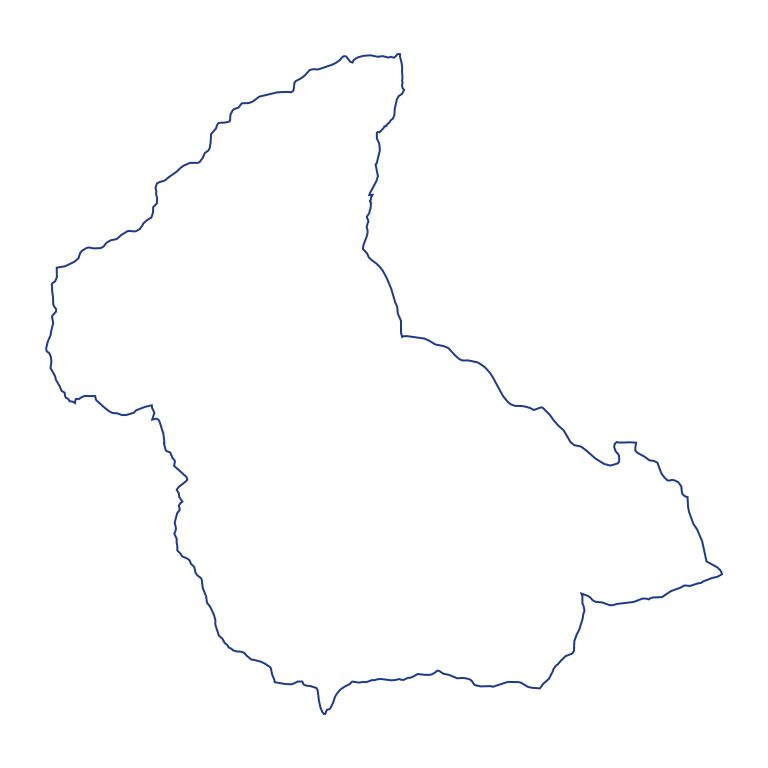 San Mateo, Boyacá, Colombia (Mercator projection)
{"feature_id": "7082276B31973577978453", "entity_name": "San Mateo", "entity_type": "district", "adm_level": 2, "iso_a3": "COL", "parent_name": "Colombia", "parent_adm1": "Boyacá", "projection": "mercator", "projection_center": [-72.559, 6.415], "detail": "fine", "context": "isolated", "style": "outline", "palette": "blue", "viewbox_px": 768, "rotation_deg": 0, "n_neighbors": 0, "source": "geoboundaries", "source_scale": "gbopen_adm2", "svg_char_len": 6025}
<svg xmlns="http://www.w3.org/2000/svg" viewBox="0 0 768 768"><path d="M687.5,497.0L685.2,496.5L682.5,494.1L681.9,492.3L681.3,486.4L678.3,482.2L674.2,480.2L671.9,480.0L669.0,480.6L667.3,480.3L664.2,477.2L662.1,474.5L660.9,472.2L657.5,462.9L656.8,462.3L653.4,460.8L649.5,460.4L644.9,456.9L637.6,452.9L635.7,451.1L635.3,450.4L635.4,446.8L636.2,442.7L630.2,442.3L619.9,442.6L616.6,442.1L614.6,444.1L614.2,447.3L615.4,450.7L616.8,452.8L617.6,453.2L618.9,455.5L619.3,460.0L618.9,461.9L618.2,463.0L616.5,463.8L611.1,465.4L609.6,465.4L604.0,463.9L595.0,458.2L587.1,451.2L581.2,446.6L574.3,445.2L570.5,442.1L563.7,430.4L558.3,425.6L553.9,420.6L550.0,415.1L543.1,408.1L542.0,407.5L540.8,407.4L533.8,410.0L530.1,408.0L525.3,406.6L521.4,406.0L514.9,405.9L510.5,404.2L507.6,401.7L502.9,395.9L492.6,376.9L489.6,372.4L484.7,367.1L479.2,363.3L477.3,362.3L468.3,360.4L462.6,360.5L460.7,359.8L459.1,358.9L455.3,355.6L448.4,348.1L443.7,346.1L435.5,344.5L428.6,340.4L424.6,338.6L407.0,336.1L403.3,336.3L402.2,337.0L401.0,332.8L401.0,320.9L397.8,313.5L397.2,306.8L395.2,302.3L391.2,288.7L386.6,277.7L382.6,270.5L380.2,267.4L376.6,263.7L371.3,259.8L368.9,257.5L367.1,253.5L363.1,249.2L362.9,248.2L363.5,244.9L366.7,236.5L367.6,232.8L367.4,229.3L366.6,227.4L367.7,223.1L368.5,221.5L366.8,216.8L369.4,213.0L369.6,211.0L370.5,208.9L371.0,202.4L370.0,201.7L369.9,200.7L370.8,199.9L371.1,197.4L372.5,194.9L369.3,195.1L369.7,193.6L376.6,180.7L377.9,176.1L375.6,164.5L376.8,163.1L379.9,150.1L379.2,143.5L376.9,138.5L376.8,133.1L377.6,132.0L379.5,132.3L384.7,126.8L384.5,126.4L386.4,125.9L386.7,124.8L390.0,121.8L390.7,120.3L392.8,118.8L394.4,115.2L394.7,109.0L396.8,99.6L398.6,96.2L402.2,93.7L404.1,89.8L402.6,88.2L402.0,85.3L402.6,82.9L402.1,81.0L402.5,78.0L402.0,71.4L402.2,67.6L401.5,62.5L400.0,56.7L400.1,54.2L398.0,54.0L396.9,54.7L395.4,56.7L393.8,57.7L390.8,56.8L388.4,57.6L382.7,56.1L378.0,56.8L370.5,55.3L363.7,55.8L358.6,57.1L355.8,58.5L353.6,60.2L352.5,62.5L350.4,61.9L346.4,56.7L345.3,56.2L343.6,56.3L341.9,57.6L339.5,60.4L335.4,63.2L331.3,65.0L318.4,69.4L313.1,69.2L309.7,70.0L304.9,75.4L300.7,78.5L295.7,81.1L294.4,82.9L293.7,89.6L293.1,90.9L291.3,92.2L286.0,91.9L277.5,92.3L259.3,96.6L252.7,101.6L248.7,103.1L241.8,103.3L238.5,107.6L234.1,109.1L232.7,110.3L230.4,114.8L230.1,120.1L229.6,121.5L224.8,122.6L219.5,122.8L218.2,123.3L217.2,124.9L216.0,128.4L211.1,134.1L210.6,142.6L209.6,148.4L208.5,150.4L204.8,153.1L202.5,158.2L199.6,162.0L197.9,162.9L190.0,162.9L184.3,165.3L181.1,167.4L177.0,171.4L169.0,177.0L164.7,180.6L159.1,182.2L156.9,183.6L155.5,187.8L156.4,191.7L156.0,193.6L157.1,198.2L156.9,203.4L153.2,207.1L153.0,212.6L151.3,217.6L146.3,220.7L143.2,223.6L142.5,225.2L139.7,229.1L136.0,231.2L134.0,231.4L128.9,230.9L127.3,231.3L121.1,235.1L117.2,238.7L115.9,239.3L111.0,240.2L107.5,242.1L106.2,243.1L103.5,246.6L100.7,248.1L93.8,248.4L89.0,247.5L86.7,247.9L82.0,250.8L80.2,252.9L78.4,258.4L74.3,261.8L65.3,266.2L56.7,267.7L56.9,277.2L55.4,280.7L54.6,281.8L52.4,283.1L51.7,284.6L52.2,287.1L52.0,289.9L53.0,297.2L53.2,304.3L54.4,306.9L56.1,309.0L56.1,311.0L55.7,312.1L52.9,314.9L52.0,316.6L53.2,323.2L51.1,331.5L50.6,335.1L47.8,341.6L46.1,348.5L46.7,351.3L49.3,353.2L50.9,357.0L51.4,361.4L50.5,368.1L55.2,376.3L55.8,379.6L59.7,386.3L61.6,390.9L64.7,392.7L64.9,395.3L65.7,397.6L68.3,399.0L69.6,401.2L72.8,401.7L75.0,403.1L75.6,399.4L76.1,398.8L78.8,399.1L81.3,397.4L84.5,396.0L95.2,396.1L95.9,399.5L96.3,400.2L104.3,407.5L108.6,410.9L112.4,413.0L117.1,413.3L122.2,415.1L126.8,414.9L132.9,413.0L133.9,412.7L136.3,410.2L145.2,406.8L151.8,405.3L152.0,407.7L154.4,412.7L152.2,419.6L156.3,418.7L158.3,419.6L159.4,421.2L163.3,433.4L164.2,440.3L164.3,443.4L163.9,443.4L165.8,450.4L166.6,451.1L170.3,452.5L172.4,457.8L174.6,460.3L174.9,461.8L174.1,465.9L186.2,476.7L187.3,478.9L187.2,479.9L185.4,481.8L178.7,486.9L176.7,489.7L178.8,493.4L179.2,496.9L182.4,501.6L180.1,503.5L178.9,505.5L179.7,509.4L179.5,510.3L177.2,513.2L174.7,522.5L176.0,528.5L175.6,530.6L174.3,533.6L176.7,538.9L176.6,542.6L177.3,545.7L177.3,550.4L180.7,554.0L182.1,556.3L187.4,558.6L189.6,560.4L190.9,563.7L194.3,567.0L195.5,572.7L196.6,574.3L197.3,575.3L201.1,578.2L201.7,579.5L202.8,588.2L206.1,596.3L207.0,602.7L210.3,607.0L214.1,615.2L215.4,620.4L215.3,624.1L215.7,625.8L218.9,635.6L222.6,639.0L224.6,642.8L227.4,645.2L228.7,647.4L231.7,649.0L233.0,650.3L236.4,651.4L240.5,651.6L243.0,652.3L244.4,653.1L246.9,655.9L251.4,659.6L253.7,659.8L260.9,661.7L264.5,663.4L270.3,667.3L270.9,668.4L272.1,674.4L274.4,680.0L274.7,682.2L285.1,684.0L291.1,684.3L293.6,683.6L297.5,681.6L301.7,681.5L302.4,681.6L303.2,684.0L304.3,684.9L306.7,685.7L310.4,686.1L316.4,688.0L317.7,690.5L319.0,701.0L320.6,708.1L322.3,711.9L323.9,714.0L325.2,713.9L326.9,709.8L329.5,709.2L330.7,707.6L333.1,702.7L334.8,697.4L336.3,694.5L340.3,689.6L345.0,686.4L349.8,684.0L351.9,681.8L352.6,681.6L359.0,682.6L363.2,681.9L364.7,682.2L367.4,681.8L371.9,680.1L374.8,680.1L377.7,679.2L381.0,679.0L391.2,680.3L395.5,680.0L399.0,679.0L401.0,679.7L403.6,679.9L408.0,677.8L410.0,677.8L412.5,676.9L417.7,674.0L424.5,674.8L428.8,674.9L431.9,674.4L435.6,672.2L437.2,670.6L439.5,671.1L443.5,673.8L448.8,674.8L457.3,678.3L463.3,677.9L468.1,678.8L470.5,679.8L471.9,681.1L474.5,685.0L480.6,686.4L490.8,686.1L492.8,686.8L507.8,681.9L518.5,682.1L521.0,682.7L528.1,687.0L532.3,687.8L539.9,688.4L543.2,683.8L548.9,678.9L552.8,671.3L553.6,668.8L556.1,665.5L558.0,664.2L560.8,660.8L565.5,656.2L572.3,653.5L574.0,650.9L574.3,641.3L576.7,634.5L579.2,629.8L582.6,618.9L583.2,614.6L584.5,610.5L583.6,606.2L582.4,603.2L582.4,596.2L581.4,593.6L587.7,595.8L590.4,597.6L592.5,600.1L595.4,601.8L602.4,602.5L609.8,605.2L612.7,605.2L617.3,603.9L633.5,602.0L642.5,598.6L646.2,598.6L649.0,599.4L650.0,598.4L652.8,597.5L662.0,597.1L671.0,591.1L680.9,587.5L683.8,585.7L685.5,585.5L690.0,586.0L697.7,583.4L700.9,583.0L703.0,581.5L711.8,578.1L717.3,576.8L721.9,574.3L721.5,572.3L720.1,570.0L717.2,567.3L706.5,561.4L702.2,541.4L697.2,529.6L693.4,523.9L689.0,511.8L688.1,507.2L687.5,497.0Z" fill="none" stroke="#1e3a8a" stroke-width="2"/></svg>